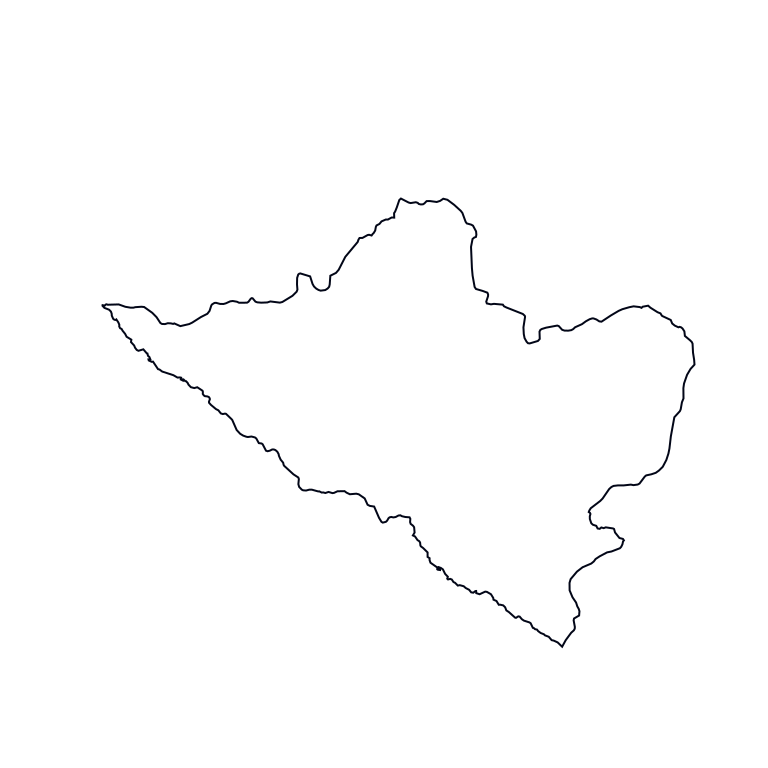 Kutu, Bandundu, Democratic Republic of the Congo (Albers equal-area conic projection), rotated 18°
{"feature_id": "63176286B54443714119434", "entity_name": "Kutu", "entity_type": "district", "adm_level": 2, "iso_a3": "COD", "parent_name": "Democratic Republic of the Congo", "parent_adm1": "Bandundu", "projection": "albers", "projection_center": [18.108, -2.975], "detail": "fine", "context": "isolated", "style": "outline", "palette": "ink", "viewbox_px": 768, "rotation_deg": 18, "n_neighbors": 0, "source": "geoboundaries", "source_scale": "gbopen_adm2", "svg_char_len": 6157}
<svg xmlns="http://www.w3.org/2000/svg" viewBox="0 0 768 768"><g transform="rotate(18 384 384)"><path d="M622.6,575.8L624.7,575.6L629.0,576.1L634.6,578.8L636.0,571.4L638.9,562.7L640.7,559.6L641.0,557.8L640.6,556.1L637.4,550.2L637.2,548.3L641.1,543.9L640.1,539.7L638.6,537.6L636.6,535.8L634.2,532.5L629.2,528.6L624.3,522.9L621.9,515.8L621.8,511.9L625.5,502.8L629.5,496.9L636.6,490.7L638.4,487.9L639.3,485.1L642.4,481.2L648.2,475.2L652.1,473.0L659.1,467.3L659.9,465.6L660.3,462.8L660.0,459.8L660.5,458.6L659.1,457.5L655.5,457.7L649.6,453.8L647.6,450.8L646.5,450.6L639.2,451.8L637.5,453.2L635.0,453.3L633.9,455.1L631.8,455.4L629.7,453.3L626.2,453.3L624.2,452.4L621.5,448.8L620.6,446.2L620.5,443.8L619.7,442.9L618.3,442.5L618.4,440.8L619.0,438.3L625.8,428.4L627.3,425.4L630.6,414.3L632.1,411.7L633.8,410.0L637.7,408.2L643.0,406.5L649.9,403.4L652.5,403.1L656.4,401.2L657.8,399.7L660.6,391.5L661.6,389.9L666.1,387.3L669.9,384.5L672.2,381.4L674.7,376.6L676.0,369.0L676.0,362.3L675.4,357.1L673.0,345.2L670.4,325.9L673.8,318.4L674.0,316.4L673.0,309.3L673.3,305.2L670.0,295.4L669.2,290.8L669.4,281.6L670.9,274.9L673.3,269.6L671.5,265.2L668.2,258.7L665.0,250.3L663.8,249.0L661.7,247.9L655.3,245.3L653.4,241.1L650.8,239.0L649.1,238.3L647.5,238.3L646.5,239.1L642.5,238.6L639.4,237.4L636.9,234.5L628.1,233.4L627.2,233.2L625.1,231.4L622.0,231.2L613.8,229.1L611.0,227.9L606.1,230.6L605.4,232.0L603.5,231.8L597.4,233.0L593.5,235.2L587.6,239.2L584.6,241.9L578.6,248.7L571.6,257.5L569.4,257.9L566.1,257.0L563.0,256.9L561.7,257.3L559.6,258.8L556.6,262.0L553.8,265.9L548.2,271.0L547.0,273.3L545.5,274.9L542.8,276.3L539.3,277.4L536.7,277.4L532.3,274.9L530.7,274.9L520.8,280.3L517.1,282.9L516.0,284.2L515.7,286.1L518.2,293.0L517.1,295.5L510.0,300.4L508.3,300.7L506.5,299.7L503.5,296.9L501.5,293.3L499.1,287.0L497.4,276.5L496.8,275.6L494.4,274.5L476.8,273.4L474.1,273.0L472.5,271.8L463.8,273.8L461.1,275.2L456.9,275.6L455.8,274.1L455.8,268.2L455.3,266.6L454.1,265.2L449.0,265.0L442.1,265.2L440.2,263.7L434.8,253.6L431.8,246.6L424.4,226.7L423.4,218.7L424.6,216.8L426.0,215.7L425.7,213.4L424.4,210.4L419.7,205.9L417.7,205.5L413.1,205.7L411.5,204.5L405.7,197.1L403.5,195.6L395.3,191.9L387.4,189.2L383.1,189.5L380.8,192.5L377.9,194.6L371.2,195.8L368.0,196.9L366.6,199.8L365.5,201.1L363.3,201.9L361.4,202.0L360.1,201.3L358.1,201.3L353.4,203.7L351.3,203.8L342.8,202.4L341.7,204.3L341.6,212.2L341.3,216.6L340.8,218.4L342.3,222.6L339.8,223.3L336.9,226.4L334.9,227.0L331.4,230.1L330.2,233.2L327.9,235.5L327.7,237.1L328.2,240.8L327.5,243.7L326.9,244.7L326.3,246.6L323.7,246.7L322.4,247.4L318.4,251.7L315.6,252.7L315.1,254.7L315.1,257.0L307.9,275.0L305.6,289.4L304.0,293.2L299.5,297.6L301.6,306.1L301.8,308.5L300.9,310.6L299.1,312.8L294.9,314.8L292.7,314.8L290.0,314.2L287.3,312.9L285.1,310.9L280.5,304.5L270.2,304.7L269.2,305.4L268.6,306.4L268.6,309.9L270.5,316.2L272.5,321.0L272.4,323.2L269.7,328.4L262.0,337.4L259.8,338.8L250.4,340.6L247.8,342.5L242.1,344.6L238.2,345.5L236.3,345.4L232.6,343.1L231.7,343.2L230.9,344.1L229.7,347.7L228.6,349.0L221.0,351.5L218.7,351.2L214.5,351.8L212.2,352.9L208.6,356.2L206.6,357.5L203.4,358.5L199.2,358.7L197.7,359.3L195.9,361.4L195.5,362.6L195.5,368.4L194.3,371.8L189.2,376.9L182.6,384.9L180.2,387.2L172.4,391.9L165.8,391.2L164.9,392.0L162.6,392.2L159.6,393.0L157.2,394.7L154.3,395.5L152.5,395.1L147.0,390.7L141.6,387.9L132.1,384.9L129.4,385.5L123.7,387.8L122.0,388.9L119.5,389.7L114.1,390.5L107.1,390.3L96.7,394.0L95.6,393.9L94.8,394.4L94.2,395.7L92.0,396.0L92.1,396.6L94.6,398.0L99.6,398.3L101.9,399.5L103.3,401.3L104.0,403.1L106.3,405.7L107.7,406.2L109.1,406.0L109.5,405.3L112.3,407.5L114.0,409.5L114.4,411.1L115.8,412.5L117.4,412.7L118.9,414.1L122.3,416.3L124.6,418.6L130.0,419.9L130.4,422.3L134.5,424.6L136.0,426.4L138.3,428.0L140.2,428.3L144.4,425.4L149.0,428.2L149.6,428.1L150.8,430.1L152.5,430.8L154.1,432.7L152.4,433.4L153.0,434.3L156.2,434.7L157.4,434.1L164.5,439.7L166.0,439.6L169.2,440.7L181.0,440.7L185.6,441.7L187.9,440.8L189.1,440.7L189.3,442.5L191.7,442.9L191.5,441.6L191.9,441.6L194.1,442.7L194.9,442.5L197.0,443.7L198.2,445.0L201.3,446.7L204.8,446.5L207.4,444.8L212.2,446.1L213.5,446.5L214.2,447.5L214.7,449.4L216.1,450.5L217.4,450.9L219.8,450.4L221.4,450.5L222.6,451.4L223.1,452.2L223.0,454.9L223.4,455.9L226.0,457.4L232.0,459.8L234.6,460.2L237.9,462.4L240.0,462.4L241.9,461.3L243.0,461.2L249.8,464.5L250.8,465.1L258.1,473.3L262.6,475.8L266.0,476.6L269.3,476.7L270.9,476.5L274.2,474.9L277.8,474.7L279.4,475.3L283.2,478.9L286.0,478.4L287.2,478.8L292.4,483.9L294.1,483.9L296.0,482.7L297.9,480.8L299.4,480.3L301.2,480.4L303.5,481.4L305.5,483.3L306.2,484.7L309.1,487.9L312.4,490.0L313.5,491.9L314.4,492.7L325.8,497.9L331.4,499.4L332.4,500.7L333.5,505.7L335.1,508.1L338.5,509.9L339.9,510.1L342.8,509.4L345.6,507.6L348.0,506.8L354.7,506.5L355.6,506.1L358.3,506.5L359.7,505.9L361.9,505.8L364.6,503.8L368.7,503.7L370.1,503.0L372.9,500.4L379.6,498.1L381.9,498.9L385.6,499.4L391.5,496.9L394.1,496.7L401.0,498.8L405.7,503.9L408.2,504.3L412.5,503.6L420.6,512.8L424.2,515.9L425.7,516.2L428.4,514.5L429.2,513.0L429.8,510.2L430.5,509.1L432.0,508.2L434.1,508.0L436.2,506.9L438.4,504.6L440.2,503.8L441.8,504.2L445.4,503.9L449.5,502.9L450.7,504.1L451.5,507.3L452.6,508.8L455.4,509.8L456.9,510.9L459.0,515.8L458.3,519.1L460.6,519.4L464.1,522.1L466.1,522.6L467.3,523.6L468.5,526.3L469.2,527.0L471.9,527.9L477.5,530.7L478.9,535.0L481.2,535.6L481.7,537.3L483.4,539.6L491.2,542.0L492.5,541.2L493.1,541.3L493.2,541.7L492.5,542.8L491.7,543.1L491.9,543.8L492.6,544.0L494.8,543.6L494.3,541.7L494.7,541.3L497.3,542.1L500.8,545.7L504.3,547.6L504.3,549.6L505.3,550.1L507.1,548.9L508.9,549.0L511.3,550.9L513.0,551.1L516.5,552.9L518.2,551.9L522.3,551.7L524.8,552.8L528.5,553.4L531.3,555.2L533.4,554.9L534.9,552.7L535.6,552.4L536.4,554.4L539.9,554.4L544.4,550.2L546.1,549.9L550.7,550.9L554.0,553.7L554.8,555.3L558.0,555.6L561.4,558.5L562.6,558.0L565.8,557.7L568.2,558.9L570.3,561.5L573.2,562.3L580.9,565.7L581.8,565.6L583.5,563.5L584.9,563.3L587.8,565.1L590.2,565.8L596.0,565.8L597.4,566.2L600.9,569.9L601.8,569.8L603.4,570.5L605.4,570.3L607.0,571.4L610.0,572.4L613.4,572.6L614.7,573.3L618.8,573.5L622.6,575.8Z" fill="none" stroke="#020617" stroke-width="2"/></g></svg>